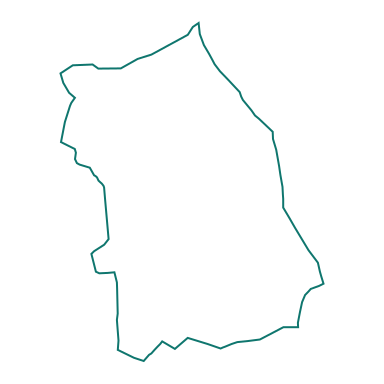 the district of Dutsi, Katsina, Nigeria
{"feature_id": "59680162B60349541451220", "entity_name": "Dutsi", "entity_type": "district", "adm_level": 2, "iso_a3": "NGA", "parent_name": "Nigeria", "parent_adm1": "Katsina", "projection": "natural_earth1", "projection_center": [8.146, 12.921], "detail": "fine", "context": "isolated", "style": "outline", "palette": "teal", "viewbox_px": 384, "rotation_deg": 0, "n_neighbors": 0, "source": "geoboundaries", "source_scale": "gbopen_adm2", "svg_char_len": 1371}
<svg xmlns="http://www.w3.org/2000/svg" viewBox="0 0 384 384"><path d="M308.5,250.2L294.9,227.6L289.1,217.5L283.2,207.6L283.2,198.9L282.9,194.7L282.5,186.9L280.4,175.0L279.1,166.1L276.2,149.7L273.0,139.0L272.7,131.8L258.8,118.6L255.0,115.5L251.4,110.3L242.9,100.0L241.2,96.6L239.7,92.1L235.1,87.2L228.0,79.6L220.0,71.3L214.6,64.2L212.3,59.8L209.1,53.9L203.9,45.1L199.8,34.1L198.6,23.0L192.8,27.0L187.8,34.8L151.4,54.6L137.7,58.9L120.8,68.4L98.3,68.6L92.6,64.5L82.9,64.9L72.8,65.3L60.5,73.4L63.3,82.9L69.1,92.8L74.9,97.8L71.3,102.9L70.0,105.9L64.9,122.0L61.0,142.1L67.2,145.2L74.8,149.0L75.9,152.7L75.0,159.1L76.9,163.1L79.6,164.6L89.8,167.7L94.1,175.3L95.6,176.1L97.0,177.4L98.5,180.6L100.2,182.2L101.8,183.6L103.5,185.8L104.1,187.5L105.0,198.4L108.6,239.1L104.2,244.7L94.1,251.2L91.4,253.9L95.9,271.7L97.4,272.4L99.3,273.3L108.0,272.9L114.4,272.3L116.9,282.4L117.1,288.2L117.7,313.6L116.9,319.9L118.5,340.6L117.8,349.9L134.0,357.8L143.7,361.0L148.4,355.6L149.1,354.8L151.3,353.5L154.5,349.9L157.6,346.6L160.2,344.0L162.2,341.4L174.9,348.9L187.7,337.9L207.6,344.0L220.6,348.5L223.1,347.4L224.8,346.8L231.6,344.0L237.3,342.1L247.4,341.1L259.9,339.5L283.4,327.2L298.1,327.2L297.9,322.8L300.0,311.9L302.1,302.1L305.1,295.0L308.4,291.6L310.8,288.9L319.1,285.9L323.5,283.7L321.2,276.2L319.9,271.6L317.9,262.7L308.5,250.2Z" fill="none" stroke="#0f766e" stroke-width="2"/></svg>